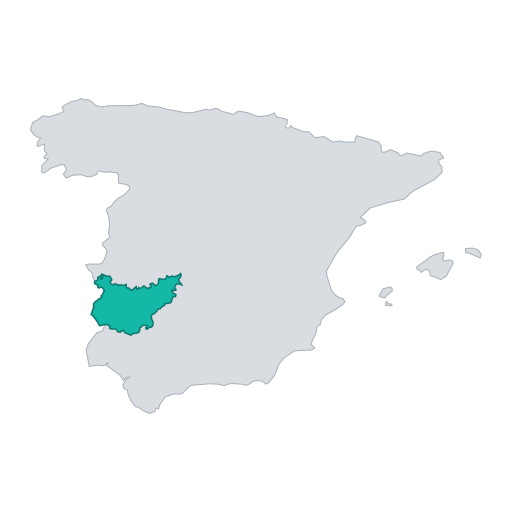 Spain, with Badajoz highlighted
{"feature_id": "ESP-5807", "entity_name": "Badajoz", "entity_type": "Autonomous Community", "adm_level": 1, "iso_a3": "ESP", "parent_name": "Spain", "parent_adm1": "", "projection": "robinson", "projection_center": [-5.947, 38.694], "detail": "fine", "context": "in_parent", "style": "filled", "palette": "teal", "viewbox_px": 512, "rotation_deg": 0, "n_neighbors": 0, "source": "natural_earth", "source_scale": "10m", "svg_char_len": 9282}
<svg xmlns="http://www.w3.org/2000/svg" viewBox="0 0 512 512"><path d="M274.7,113.0L274.7,114.4L277.4,117.1L285.3,118.7L287.4,119.8L287.0,123.5L285.2,126.6L286.9,128.0L288.8,128.0L291.1,125.4L291.6,127.1L295.3,128.6L303.2,131.5L308.9,131.9L314.8,137.6L324.2,136.6L332.8,142.1L340.8,140.9L342.6,141.9L355.0,142.1L355.5,137.6L356.9,135.8L378.6,142.0L381.3,145.9L380.9,147.8L382.2,152.3L385.0,152.1L390.5,149.6L398.0,152.8L400.0,155.5L401.5,155.7L406.9,153.0L421.9,156.2L422.5,154.1L423.5,153.5L429.6,151.5L432.2,151.1L440.2,152.6L441.3,155.1L442.9,156.1L443.6,158.3L439.0,159.6L438.7,163.4L441.7,166.7L442.2,172.3L434.5,179.5L412.0,191.7L404.7,198.9L387.8,202.6L370.2,208.0L360.0,217.7L362.7,218.5L366.0,221.8L365.0,223.3L360.4,225.5L356.3,226.2L348.9,238.2L338.6,250.5L334.7,256.2L326.6,270.7L326.7,274.9L331.1,289.4L333.6,293.2L337.0,296.4L343.4,299.1L345.0,301.8L342.9,304.4L336.7,308.9L325.7,315.0L321.2,319.9L320.2,324.5L317.0,326.6L316.0,333.1L311.7,342.2L311.5,344.6L314.9,347.9L311.6,350.0L294.6,350.8L284.1,357.9L278.9,364.2L274.3,375.9L268.6,382.8L266.0,384.1L262.0,381.0L257.0,380.6L252.1,381.6L249.6,384.0L245.7,385.3L241.8,384.2L233.4,383.6L229.7,383.7L223.9,385.6L218.9,384.3L210.4,383.7L192.2,385.2L189.9,385.9L181.8,393.9L173.0,394.0L165.0,397.2L159.6,404.9L158.6,409.0L157.0,408.1L155.8,408.4L155.1,411.5L149.6,413.5L143.4,410.9L138.2,407.1L135.5,406.8L131.1,400.9L129.2,397.1L127.8,393.0L127.7,390.2L123.8,388.5L122.9,384.8L125.8,379.9L129.5,377.2L126.0,377.4L123.5,380.6L120.2,375.5L107.0,365.7L107.7,362.3L105.5,364.9L103.9,365.6L97.2,365.2L89.3,366.4L86.1,349.8L88.2,343.9L97.0,332.6L102.4,331.0L104.7,325.1L99.6,325.4L91.7,314.1L93.9,303.6L101.8,295.8L103.1,292.6L103.4,289.7L101.9,287.6L97.6,286.4L93.2,278.1L92.2,273.0L88.6,270.0L85.6,264.9L88.3,264.1L99.5,264.1L102.2,262.8L104.3,259.3L106.5,253.7L107.0,250.2L102.6,245.3L102.5,244.3L103.1,242.7L109.9,237.2L108.5,233.1L109.7,224.6L109.1,219.6L108.4,215.5L106.1,210.2L107.6,208.0L111.2,206.2L114.0,201.9L118.2,198.3L123.6,195.3L129.9,189.0L128.9,186.2L126.7,184.5L119.0,183.3L118.4,182.0L118.5,175.1L116.5,172.4L113.7,172.7L109.4,171.5L108.3,172.3L102.9,172.0L99.0,170.8L97.4,171.8L97.0,174.3L90.5,176.8L86.9,176.7L81.0,174.6L74.3,175.3L73.5,174.7L67.7,177.6L65.8,177.7L63.4,174.3L66.6,169.3L63.9,164.6L62.2,164.5L51.5,167.9L45.2,172.4L42.7,173.0L41.9,172.2L41.7,165.8L48.2,158.9L44.1,158.5L44.3,156.5L47.0,153.3L44.3,151.0L44.5,144.1L38.6,146.3L37.1,146.0L37.1,143.2L40.7,137.7L37.0,137.0L34.2,135.0L30.7,130.4L30.7,128.0L32.7,122.4L37.8,119.8L42.8,115.9L49.6,116.7L59.8,113.4L63.3,111.7L63.2,109.4L62.0,107.6L63.1,106.0L71.4,101.4L76.4,100.8L81.4,98.5L84.8,100.0L87.8,99.5L91.2,101.3L95.6,105.4L102.2,107.0L107.5,105.8L134.3,105.4L141.9,103.4L147.9,105.9L159.3,107.1L166.2,109.2L185.3,112.7L192.2,112.7L206.0,109.3L209.8,110.1L215.3,108.4L218.0,108.8L221.5,111.2L233.7,114.4L236.9,111.7L239.2,111.1L248.0,112.8L256.9,116.2L261.5,116.5L268.2,115.5L274.7,113.0ZM442.4,259.7L445.6,261.0L449.0,259.8L450.8,260.2L452.6,260.9L453.1,263.4L446.3,276.2L440.7,279.6L434.8,276.9L431.4,276.2L430.4,275.2L429.4,271.1L427.9,269.8L425.6,269.2L421.2,272.4L419.8,270.3L417.6,269.9L416.8,268.6L416.8,266.9L430.3,257.0L434.2,254.8L442.6,252.3L443.9,252.7L442.9,254.2L444.0,255.6L442.4,259.7ZM481.3,254.5L480.1,258.0L469.6,253.3L466.3,252.8L465.4,252.1L465.6,248.5L472.5,248.1L478.1,249.8L481.3,254.5ZM386.6,295.3L385.4,297.8L380.3,296.9L379.2,295.9L380.2,293.0L381.6,292.7L381.7,290.7L383.2,288.7L390.4,287.0L392.0,288.4L392.4,290.4L388.2,294.7L386.6,295.3ZM391.9,305.4L391.1,305.9L385.5,305.4L385.4,303.8L386.5,301.4L388.6,303.7L391.8,304.2L391.9,305.4Z" fill="#d9dde1" stroke="#a8b0b8" stroke-width="1"/><path d="M94.2,307.6L94.1,307.3L93.9,307.1L93.7,307.0L93.5,306.7L93.5,306.4L93.5,306.0L93.5,305.1L93.8,303.7L93.9,303.4L94.2,302.8L94.2,302.7L95.7,301.5L96.2,301.1L96.7,301.0L97.3,300.5L97.7,300.0L97.9,299.6L98.3,299.3L99.8,299.0L100.4,298.8L100.8,298.4L101.2,298.0L101.5,297.9L101.4,297.3L101.6,296.7L101.1,295.9L101.9,295.3L102.6,294.3L103.7,292.2L104.1,291.8L104.3,291.4L104.2,291.0L103.8,290.7L104.1,290.0L103.8,289.2L103.4,288.5L102.8,288.0L102.1,287.5L101.2,287.3L100.3,287.4L99.5,287.8L99.1,288.0L98.6,287.9L98.1,287.7L97.8,287.3L97.7,287.0L98.1,286.2L98.2,285.8L97.8,285.0L97.0,284.6L96.0,284.4L95.2,284.0L94.7,283.3L94.5,282.5L94.5,281.6L95.0,280.9L96.6,281.1L98.1,279.1L98.2,278.9L98.2,278.7L97.8,278.2L97.7,277.9L97.9,277.3L98.0,277.2L99.5,276.4L100.2,276.3L101.0,276.4L100.8,278.3L101.0,279.0L101.6,279.2L101.9,279.1L102.1,278.8L102.7,276.7L102.7,276.3L102.6,276.1L102.5,275.8L102.2,275.6L101.2,275.0L101.8,274.1L107.1,276.3L107.7,276.3L109.0,276.1L109.6,276.1L110.1,276.6L110.8,278.0L111.4,278.5L111.7,279.6L111.4,280.6L110.1,282.2L110.8,283.8L111.1,284.2L114.1,284.7L114.8,283.8L117.3,284.5L117.5,284.8L117.6,285.1L117.6,285.3L117.8,285.5L118.3,285.7L118.6,285.6L118.9,285.1L119.2,284.8L124.4,285.3L126.2,284.4L126.3,286.6L126.4,287.2L127.0,287.9L128.5,287.9L129.1,288.3L129.7,289.2L130.0,289.5L130.3,289.5L131.1,289.5L131.3,289.6L132.1,290.7L133.9,288.5L136.2,286.7L136.5,289.1L136.6,289.3L136.8,289.4L137.3,289.3L138.8,287.5L139.4,288.6L141.6,287.7L142.6,287.1L143.2,286.0L144.7,286.4L147.3,288.6L148.7,287.8L149.8,287.8L150.2,287.6L150.6,287.2L151.0,286.3L151.0,285.9L150.0,284.4L149.9,284.3L151.4,283.4L152.2,283.2L153.0,283.4L154.7,285.0L155.5,285.5L156.6,285.3L157.1,284.9L157.9,284.0L158.7,282.6L158.8,282.3L158.7,282.0L158.5,281.5L158.5,281.2L158.7,279.6L159.0,278.7L159.6,278.5L162.1,279.3L164.4,279.3L165.6,278.6L166.3,278.1L166.4,277.8L166.5,277.4L166.5,276.5L166.6,276.1L167.0,275.7L167.6,276.0L168.5,277.1L170.6,276.8L172.2,275.9L174.4,277.0L175.2,276.5L175.4,276.5L175.6,276.4L175.8,276.3L176.6,275.9L177.8,275.6L178.1,275.4L178.6,274.9L180.3,274.0L180.6,273.6L181.1,274.9L181.0,275.6L180.5,276.5L180.0,277.9L179.7,278.3L179.4,278.5L179.0,278.6L178.8,278.7L178.5,279.0L178.5,279.4L178.6,279.8L179.3,281.3L179.8,282.3L179.9,282.5L180.1,282.8L180.5,283.0L181.4,284.2L181.8,284.9L181.4,284.8L181.2,284.8L180.1,284.2L179.8,284.1L179.5,283.9L178.9,283.8L178.3,284.0L178.0,284.0L177.7,284.0L177.1,283.8L176.9,283.8L176.6,284.0L176.4,284.2L176.2,284.5L175.8,285.0L175.5,285.2L175.4,285.5L175.2,285.9L174.8,287.6L174.8,288.2L175.0,288.6L175.2,288.8L175.8,289.2L176.0,289.4L176.1,289.7L175.9,290.0L175.1,290.5L174.8,290.6L174.5,290.6L173.9,290.4L173.1,290.0L172.8,289.9L172.5,289.8L172.2,289.9L171.9,290.1L172.0,290.4L172.0,290.7L172.2,291.0L172.2,291.3L172.3,291.6L172.4,291.8L172.6,291.9L172.7,292.0L172.8,292.3L172.8,292.6L172.8,292.9L172.9,293.2L173.1,293.4L173.3,293.6L174.4,293.9L174.7,294.0L175.6,294.2L175.8,294.4L175.9,294.9L175.7,295.5L175.6,296.4L175.4,296.6L175.2,296.6L174.2,296.5L173.9,296.5L173.6,296.6L173.3,296.8L173.1,297.0L172.9,297.3L172.3,298.1L172.2,298.5L171.4,301.4L171.1,302.2L170.8,302.6L170.5,302.8L170.4,302.8L170.1,302.8L169.7,302.8L169.2,303.1L168.3,303.2L167.8,303.4L165.1,303.5L164.7,303.7L164.6,303.9L164.8,304.2L164.8,304.5L164.7,304.9L164.6,305.2L164.5,305.4L164.4,305.6L163.4,305.9L161.9,306.9L160.8,307.8L160.6,308.0L160.4,308.3L160.3,308.5L160.2,308.9L159.8,309.0L159.4,308.9L158.7,308.9L158.3,309.0L157.7,309.5L157.2,310.1L157.0,310.4L156.9,310.6L156.8,310.8L156.8,311.1L156.7,311.4L156.4,311.7L155.4,312.4L154.9,312.8L154.7,313.1L154.3,313.6L154.1,313.8L153.5,314.0L152.0,314.8L151.6,315.1L151.4,315.4L151.1,316.3L151.1,316.5L151.2,316.9L151.5,317.2L151.6,317.4L151.7,317.6L151.7,317.8L151.6,318.3L151.5,318.5L151.4,318.9L151.4,319.1L151.5,319.3L151.9,319.6L152.0,319.7L152.1,319.9L152.2,320.1L152.3,320.6L152.4,320.8L152.5,321.0L152.9,321.8L153.0,321.9L153.0,322.2L153.0,322.5L153.1,322.8L153.1,323.1L153.1,323.4L153.1,323.7L153.0,324.3L152.8,324.6L152.7,324.9L152.6,325.4L152.6,325.7L152.6,326.0L152.4,326.2L151.0,327.3L149.6,327.2L148.9,327.6L148.7,327.9L147.9,328.6L147.2,329.1L146.6,329.2L146.2,329.1L146.0,328.9L145.8,328.1L145.8,327.8L145.8,327.5L146.0,327.3L146.3,327.2L146.6,327.1L147.1,326.8L147.3,326.5L147.2,326.3L147.0,326.0L146.5,325.5L146.0,325.1L145.6,325.1L143.4,325.3L142.4,325.7L142.1,325.9L141.8,326.2L141.5,326.7L141.3,326.9L141.1,327.1L140.2,327.6L139.9,327.9L139.7,328.2L139.6,328.5L139.5,329.0L139.6,329.3L139.8,329.5L139.9,329.8L139.9,330.1L139.8,330.4L139.2,331.1L139.1,331.3L139.1,331.5L139.0,331.8L138.9,332.1L138.5,332.5L138.1,332.7L137.7,332.9L136.2,333.2L135.6,333.2L133.0,333.7L132.2,334.1L131.1,334.9L130.7,335.3L130.1,334.8L125.7,333.0L124.9,332.8L124.8,332.6L124.7,332.3L124.6,332.0L124.3,331.5L123.0,330.6L122.6,330.5L122.3,330.5L122.0,330.6L121.7,330.7L121.6,331.0L121.4,331.2L120.9,331.6L120.7,331.8L120.7,332.0L120.1,332.2L119.2,332.0L117.6,331.8L117.4,331.7L117.3,331.4L117.4,331.1L117.3,330.8L117.2,330.5L116.6,329.7L116.1,329.3L115.7,329.1L115.2,329.0L114.1,328.9L113.3,329.0L111.7,329.0L110.7,328.7L110.3,328.5L109.9,328.4L109.6,328.2L109.5,327.7L109.8,327.1L109.9,326.9L110.1,326.6L110.2,326.4L110.2,326.1L110.0,325.8L105.5,324.3L104.9,324.7L104.4,324.4L103.5,324.5L102.6,324.7L102.3,324.7L101.9,325.2L101.1,325.6L100.3,325.7L99.7,325.7L99.3,325.3L99.0,325.0L97.6,321.7L97.4,321.5L96.9,321.1L96.6,320.9L96.5,320.6L96.3,320.1L96.1,319.8L92.6,315.5L91.7,314.8L91.2,314.6L91.7,314.1L92.0,313.6L92.0,313.2L91.7,312.6L92.0,312.2L92.6,310.1L94.0,308.1L94.2,307.6Z" fill="#14b8a6" stroke="#0f766e" stroke-width="1.5"/></svg>